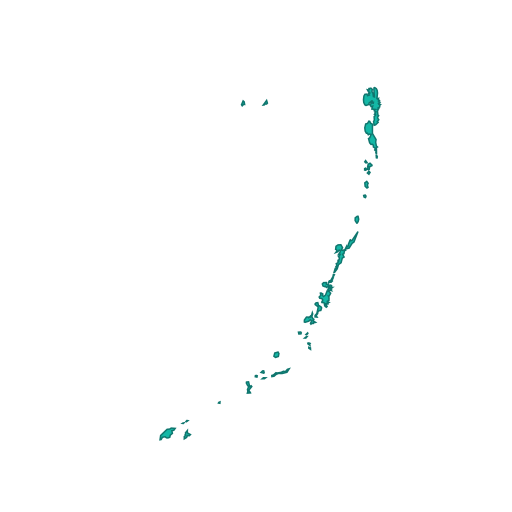 Aleutians West, Alaska, United States of America, rotated 304°
{"feature_id": "52423323B14067598441828", "entity_name": "Aleutians West", "entity_type": "district", "adm_level": 2, "iso_a3": "USA", "parent_name": "United States of America", "parent_adm1": "Alaska", "projection": "orthographic", "projection_center": [-175.064, 54.225], "detail": "fine", "context": "isolated", "style": "filled", "palette": "teal", "viewbox_px": 512, "rotation_deg": 304, "n_neighbors": 0, "source": "geoboundaries", "source_scale": "gbopen_adm2", "svg_char_len": 6167}
<svg xmlns="http://www.w3.org/2000/svg" viewBox="0 0 512 512"><g transform="rotate(304 256 256)"><path d="M430.5,280.9L431.6,281.8L435.1,282.5L435.3,281.4L437.6,281.6L438.3,279.9L439.3,279.1L440.9,279.2L441.1,278.2L443.9,275.8L445.5,275.4L445.4,274.9L446.5,275.4L447.1,275.3L447.1,274.5L448.7,275.2L450.4,274.2L451.2,274.5L451.1,273.1L450.5,272.8L451.0,272.1L452.8,272.8L452.9,270.9L454.0,271.3L454.1,269.5L455.2,269.4L454.2,268.2L459.1,265.6L461.1,263.8L462.0,262.2L462.0,260.2L461.5,259.8L460.1,260.5L454.1,265.2L453.8,264.2L456.3,261.9L457.1,260.2L459.2,259.2L459.4,257.4L458.0,256.0L457.3,256.9L456.5,256.4L456.1,255.4L455.1,257.3L455.2,258.8L454.4,259.3L453.9,258.5L453.4,258.7L452.8,260.0L451.3,258.8L452.3,257.5L451.0,255.9L449.0,256.0L445.7,257.7L443.5,259.5L442.2,261.7L442.3,263.0L444.9,265.0L445.9,264.2L449.3,265.2L449.5,265.7L448.6,266.1L449.2,267.4L448.2,267.8L447.4,266.0L444.9,266.3L444.2,268.0L445.5,268.9L442.6,269.9L444.2,272.9L442.5,272.8L442.5,274.8L440.9,274.5L440.5,275.7L439.8,275.4L440.0,276.0L439.6,276.4L437.6,276.0L434.7,278.2L433.3,278.2L430.5,280.9ZM408.6,297.6L407.8,299.0L413.2,295.2L414.3,295.7L414.5,294.3L417.2,291.6L419.7,290.4L422.7,284.0L430.3,278.9L430.4,277.8L430.0,277.0L431.2,275.1L431.0,274.2L428.2,274.3L426.8,273.1L423.1,274.5L420.6,276.7L419.5,278.9L420.1,279.6L419.3,281.3L420.5,281.8L421.2,283.5L417.5,284.2L416.3,283.6L413.4,286.9L412.8,288.9L413.7,290.1L413.4,291.3L412.0,292.4L412.1,293.9L411.5,295.0L410.3,295.1L410.1,295.8L410.4,296.8L408.6,297.6ZM290.1,328.6L285.9,329.9L286.3,330.3L290.8,330.5L295.0,329.2L298.0,330.3L302.5,328.7L304.4,329.6L305.9,326.8L307.1,327.6L309.7,326.4L310.8,327.0L310.9,326.2L308.8,324.3L308.6,323.4L311.3,323.1L312.8,320.1L311.1,317.8L308.8,316.9L306.0,318.3L306.2,319.3L305.4,320.3L303.5,320.2L305.2,321.4L307.4,321.6L307.6,322.6L306.6,323.5L303.4,323.6L304.5,324.6L304.3,325.0L301.6,324.7L301.3,326.0L299.5,327.0L298.4,326.4L297.6,326.8L297.8,327.4L295.9,327.6L294.6,326.8L293.1,328.6L292.0,328.1L290.9,329.4L290.1,328.6ZM50.0,279.2L50.8,280.0L53.4,279.8L55.3,281.7L55.2,283.5L55.9,284.7L57.5,285.9L59.5,285.1L62.2,285.9L64.1,283.9L65.5,285.3L67.9,285.4L65.9,281.9L64.3,281.3L62.6,279.2L53.9,277.3L50.0,279.2ZM253.1,340.8L252.8,342.9L253.9,343.2L255.3,340.3L256.3,341.1L256.0,341.7L256.4,342.5L257.5,342.0L258.3,342.4L257.9,341.1L258.3,340.4L260.0,341.3L262.2,339.9L263.2,338.5L263.3,339.1L266.9,338.7L267.4,336.3L266.9,334.5L262.4,335.5L260.2,334.7L260.4,333.4L261.9,332.6L261.7,330.5L261.2,330.1L259.7,331.7L257.3,331.3L256.6,332.5L257.5,334.4L256.9,336.0L254.5,336.3L254.3,336.9L255.0,337.6L255.2,338.8L253.1,340.8ZM228.3,333.0L228.5,333.8L231.5,336.2L233.5,336.7L233.5,338.3L230.5,338.9L230.2,339.7L231.1,339.9L232.2,341.3L233.2,340.7L233.6,341.9L234.3,342.5L234.2,339.9L234.6,339.4L235.7,339.5L236.0,339.0L235.8,338.1L236.7,336.9L236.7,336.2L239.7,335.4L240.5,334.4L238.0,335.2L236.8,334.7L235.5,335.1L235.3,334.3L234.3,334.1L234.5,333.3L233.6,332.0L230.0,331.9L228.3,333.0ZM311.6,326.1L314.6,328.8L320.3,328.6L322.3,329.4L333.3,326.9L322.6,326.9L321.8,326.1L322.2,325.3L321.9,325.1L317.1,326.1L316.2,326.9L314.7,326.3L315.1,325.6L311.6,326.1ZM238.5,339.0L239.5,340.8L240.2,339.2L242.8,339.3L244.3,338.5L245.8,338.8L247.1,340.2L249.7,339.4L250.2,338.4L250.1,335.3L251.9,333.3L250.8,332.0L249.2,331.8L248.8,332.3L248.6,335.7L247.9,336.4L242.3,338.6L239.8,338.2L238.5,339.0ZM164.9,336.6L166.4,338.2L169.1,338.9L171.2,340.3L173.1,343.3L176.9,346.7L181.1,346.6L179.6,345.4L176.6,345.0L175.8,343.2L173.6,341.9L170.7,338.8L170.4,337.8L167.2,337.0L165.8,335.9L164.9,336.6ZM137.5,325.5L139.4,328.0L139.9,327.4L139.8,326.5L140.9,325.1L145.4,325.5L145.7,324.5L144.2,323.8L147.5,320.2L146.2,318.6L145.3,319.0L143.9,321.5L143.6,323.0L140.5,323.6L139.3,324.9L137.5,325.5ZM182.9,326.9L182.8,328.9L185.2,330.7L187.9,329.6L188.7,328.0L186.1,325.8L182.9,326.9ZM64.3,298.8L66.7,299.9L68.8,299.6L69.7,301.2L71.3,301.5L71.0,298.5L71.5,297.6L72.9,296.7L70.0,296.4L69.2,297.2L68.4,297.1L67.9,297.9L66.2,297.5L64.3,298.8ZM269.9,326.6L268.6,328.3L269.1,330.4L269.7,330.5L269.4,332.1L270.7,332.7L272.7,332.2L272.9,331.7L271.9,330.2L273.3,329.1L271.7,326.9L269.9,326.6ZM340.8,318.4L339.6,321.1L339.9,321.5L341.7,321.4L343.9,320.6L346.0,318.4L345.5,317.7L343.1,316.9L340.8,318.4ZM374.8,307.5L374.4,310.0L375.5,310.5L377.2,308.6L379.0,308.3L379.8,306.1L377.5,305.3L374.8,307.5ZM390.2,299.6L390.5,301.0L391.1,301.4L393.5,300.3L395.7,301.6L396.2,301.4L396.7,298.6L394.6,297.8L392.8,298.5L393.0,299.0L390.2,299.6ZM268.0,336.0L269.0,336.6L269.5,337.9L269.9,336.8L270.8,337.1L270.7,336.0L272.7,336.9L271.8,335.4L273.5,335.4L273.7,334.3L272.9,333.3L270.5,334.0L271.3,334.7L270.7,335.1L268.6,334.2L268.0,336.0ZM372.8,160.6L374.9,161.0L375.3,161.8L377.2,160.0L377.4,158.6L373.3,159.4L372.8,160.6ZM385.2,177.6L385.9,178.4L387.2,178.6L387.9,179.8L389.1,180.0L390.9,177.8L385.2,177.6ZM215.3,335.1L216.5,336.8L217.6,336.5L218.0,335.6L216.6,333.8L215.3,335.1ZM162.3,325.3L163.2,328.0L164.0,327.9L165.1,326.6L164.4,325.7L162.3,325.3ZM386.9,303.9L389.1,303.8L389.4,302.2L387.1,301.9L386.9,303.9ZM273.7,331.0L275.2,331.6L276.4,333.0L277.5,333.2L276.5,330.7L273.7,331.0ZM365.3,312.6L365.5,314.0L366.6,314.0L367.3,313.5L367.6,312.4L366.4,311.4L365.3,312.6ZM394.6,295.0L395.5,296.0L396.4,293.5L394.9,293.5L394.6,295.0ZM388.0,298.0L388.4,299.0L389.3,299.3L390.2,297.8L389.2,297.2L388.0,298.0ZM212.1,348.4L212.1,350.6L212.8,349.8L213.8,349.8L213.5,348.4L212.7,347.7L212.1,348.4ZM155.5,322.9L156.1,324.5L157.4,324.0L157.2,323.1L156.5,322.4L155.5,322.9ZM209.1,351.3L209.1,353.4L210.3,352.5L209.9,350.8L209.1,351.3ZM277.9,331.6L278.3,332.7L281.2,332.2L281.1,331.4L277.9,331.6ZM157.7,329.8L159.0,331.6L160.4,332.1L159.2,330.2L157.7,329.8ZM404.7,300.9L404.9,301.5L406.1,301.1L406.9,299.8L406.6,299.4L404.7,300.9ZM113.1,307.1L113.7,308.4L114.9,307.7L113.8,307.0L113.1,307.1ZM215.2,342.2L215.8,343.2L217.6,343.4L217.1,342.8L215.2,342.2ZM218.8,341.3L218.9,342.0L220.8,342.3L221.1,341.8L218.8,341.3ZM79.7,290.5L79.7,291.0L81.4,291.6L81.0,290.7L79.7,290.5ZM282.5,331.1L282.7,331.6L284.2,331.4L283.7,330.6L282.5,331.1ZM76.1,288.6L76.5,289.4L77.3,289.5L76.6,288.8L76.1,288.6Z" fill="#14b8a6" stroke="#0f766e" stroke-width="1.5"/></g></svg>